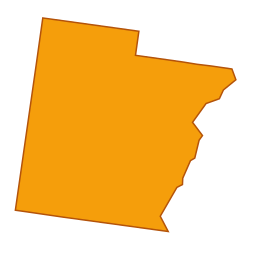 Le Sueur, Minnesota, United States of America (Mercator projection), rotated 188°
{"feature_id": "52423323B42954373682116", "entity_name": "Le Sueur", "entity_type": "district", "adm_level": 2, "iso_a3": "USA", "parent_name": "United States of America", "parent_adm1": "Minnesota", "projection": "mercator", "projection_center": [-93.822, 44.37], "detail": "fine", "context": "isolated", "style": "filled", "palette": "amber", "viewbox_px": 256, "rotation_deg": 188, "n_neighbors": 0, "source": "geoboundaries", "source_scale": "gbopen_adm2", "svg_char_len": 480}
<svg xmlns="http://www.w3.org/2000/svg" viewBox="0 0 256 256"><g transform="rotate(188 128 128)"><path d="M227.7,225.1L227.7,176.8L228.1,30.9L217.0,30.9L198.7,30.8L179.0,30.7L73.8,31.1L83.8,45.1L71.3,76.0L66.2,79.6L66.8,85.9L61.6,104.4L57.7,107.5L55.9,125.8L53.2,130.9L64.9,142.6L54.1,163.1L41.6,169.7L38.8,179.0L27.9,190.8L33.3,200.9L54.3,201.0L68.4,200.7L82.6,201.0L130.7,201.0L130.7,225.3L227.0,225.1L227.7,225.1Z" fill="#f59e0b" stroke="#b45309" stroke-width="1.5"/></g></svg>